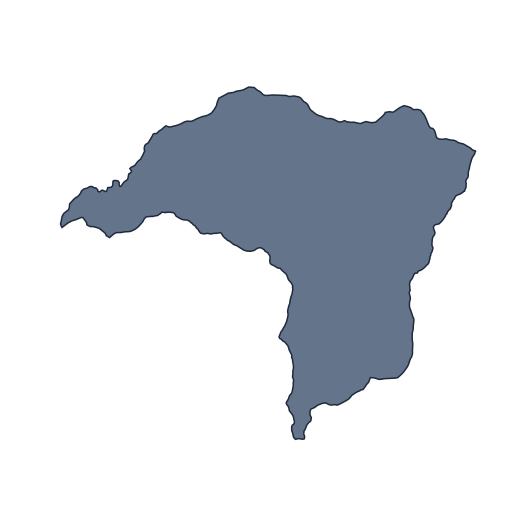 outline of Khaling, Tashigang, Bhutan, rotated 10°
{"feature_id": "84629894B48519884864464", "entity_name": "Khaling", "entity_type": "district", "adm_level": 2, "iso_a3": "BTN", "parent_name": "Bhutan", "parent_adm1": "Tashigang", "projection": "equal_earth", "projection_center": [91.565, 27.177], "detail": "fine", "context": "isolated", "style": "filled", "palette": "slate", "viewbox_px": 512, "rotation_deg": 10, "n_neighbors": 0, "source": "geoboundaries", "source_scale": "gbopen_adm2", "svg_char_len": 6086}
<svg xmlns="http://www.w3.org/2000/svg" viewBox="0 0 512 512"><g transform="rotate(10 256 256)"><path d="M214.2,94.9L207.4,97.4L206.0,98.6L200.5,100.4L192.0,107.1L191.2,111.0L190.9,115.0L189.2,119.5L187.1,123.2L183.4,126.1L179.0,128.0L174.5,130.7L169.3,134.5L164.3,135.3L162.0,136.6L158.6,139.2L155.5,141.0L148.6,144.1L144.5,143.5L140.4,148.5L139.1,149.5L136.7,152.7L134.8,153.0L133.5,153.9L133.1,155.7L130.2,163.3L127.9,165.4L127.3,166.7L127.2,168.6L127.3,170.0L128.1,172.0L126.8,177.1L126.3,178.0L125.8,180.3L123.1,183.5L120.9,187.9L117.3,190.7L116.6,191.9L118.5,193.7L118.7,194.8L117.7,196.3L116.4,197.3L116.4,202.1L115.9,203.3L113.1,206.2L110.8,210.9L109.6,210.9L108.9,209.7L108.4,207.3L107.4,206.2L106.0,205.9L104.1,206.1L102.5,206.6L102.2,207.7L102.7,211.3L101.7,213.4L98.1,214.4L97.8,217.5L96.7,218.7L93.4,217.8L92.5,218.2L90.7,220.2L89.1,219.7L88.6,218.3L86.4,216.7L85.1,217.0L82.3,216.0L80.2,216.5L78.2,218.3L74.7,220.0L72.8,222.3L72.4,224.4L70.9,227.3L69.3,229.2L68.5,229.6L66.4,232.2L63.4,237.0L63.7,240.4L63.4,243.0L62.5,243.8L59.4,247.4L58.2,250.5L58.1,256.6L57.9,258.4L58.8,260.0L60.0,261.6L65.2,256.0L66.8,254.8L68.7,253.3L72.5,251.4L76.2,249.0L77.8,248.2L79.1,248.4L82.2,251.4L83.4,252.7L83.8,254.1L84.3,254.8L87.6,255.8L90.8,255.3L96.5,255.9L98.9,257.1L103.5,259.7L105.1,262.0L108.7,263.3L109.4,262.2L111.6,259.6L112.5,258.6L113.9,257.6L115.1,257.1L119.4,256.2L122.2,255.1L127.6,253.8L129.8,252.5L132.7,250.3L135.0,247.6L136.1,246.0L138.6,241.7L139.4,239.1L140.8,236.7L144.6,235.5L147.7,234.9L150.1,233.8L151.5,233.5L152.7,232.6L154.8,230.5L155.8,229.1L159.0,229.0L162.7,227.9L166.7,227.7L168.1,228.0L170.4,230.6L174.5,232.2L177.2,232.9L179.7,232.9L180.5,232.6L181.5,232.6L184.3,233.1L186.2,234.5L187.4,234.9L188.7,236.0L191.3,237.2L192.5,238.8L194.3,239.8L195.9,241.8L197.4,243.0L198.5,243.3L201.7,243.1L203.7,242.2L205.7,242.1L207.0,242.2L208.2,242.0L211.2,240.8L212.6,240.7L216.6,239.3L217.6,239.4L220.4,242.4L222.7,244.0L224.0,244.6L224.5,245.1L225.5,245.6L227.3,246.0L232.3,248.7L235.1,249.1L242.9,252.3L245.7,252.7L248.7,252.5L250.1,252.2L252.7,251.1L254.2,250.0L255.0,249.0L256.9,247.6L259.0,247.1L259.9,247.1L261.0,247.7L262.9,248.3L263.8,249.5L267.0,250.8L268.6,252.3L269.9,253.9L270.2,256.1L270.3,258.2L271.3,260.9L272.8,261.8L275.4,262.4L279.3,264.0L282.0,264.0L284.6,266.0L288.9,268.6L290.3,270.5L291.1,272.1L292.2,273.8L295.6,276.6L297.5,279.2L297.3,280.3L298.0,282.2L298.1,286.8L297.9,288.4L297.5,290.0L297.3,294.1L297.4,295.0L297.4,297.2L296.9,299.8L296.7,304.2L296.8,305.2L297.7,307.8L297.8,308.7L297.8,311.2L297.5,315.6L296.2,320.6L295.4,322.2L295.1,323.8L294.6,324.8L294.1,325.5L293.6,327.0L293.1,329.8L292.7,331.2L292.9,332.0L293.6,333.0L294.9,333.4L297.5,335.2L299.2,335.6L303.0,338.9L303.8,340.2L304.7,342.2L305.7,343.8L308.7,347.7L308.6,349.5L309.8,351.4L312.2,358.5L312.4,361.2L312.3,362.5L312.3,363.3L312.7,364.8L312.8,367.4L313.1,369.2L313.9,370.1L314.7,372.1L314.7,374.8L315.2,377.0L315.2,383.3L314.9,385.0L313.9,386.4L313.5,387.3L313.2,388.0L312.8,390.9L312.0,393.2L311.4,394.4L311.3,395.8L311.9,396.6L313.6,398.3L314.7,399.8L315.6,402.3L316.0,402.9L317.2,403.9L320.0,406.6L321.1,408.7L322.6,412.6L322.8,413.7L322.4,415.0L321.4,415.9L320.7,417.5L321.3,420.9L321.8,422.4L322.6,423.6L324.5,428.0L326.7,429.7L329.1,428.6L331.6,428.3L333.6,428.4L335.3,427.7L335.3,425.4L333.9,423.0L333.7,420.0L334.5,418.3L335.4,413.6L336.6,411.3L338.6,408.9L338.6,405.6L336.9,403.2L336.1,399.5L336.7,397.2L339.8,395.2L342.7,392.2L346.9,389.6L350.0,388.6L353.9,389.7L356.5,389.7L359.0,388.7L361.8,388.8L365.2,386.5L370.3,382.5L372.6,380.2L374.7,376.3L375.4,375.8L377.0,374.1L380.1,371.6L381.6,370.8L382.8,369.5L384.5,369.0L385.2,367.8L387.3,363.2L388.2,361.8L388.9,360.4L389.7,355.9L392.8,355.6L394.5,355.6L398.0,356.1L399.5,356.0L404.3,354.4L414.2,352.1L416.7,351.2L419.9,347.1L421.5,344.6L424.0,339.5L424.8,337.2L425.3,334.6L425.4,333.5L425.9,330.5L426.7,328.7L427.0,326.1L427.0,324.3L426.6,322.7L425.9,317.0L425.3,313.8L424.8,312.9L424.4,311.4L423.7,307.7L423.3,304.9L423.5,301.0L422.9,296.3L422.9,294.2L422.6,291.5L421.9,289.7L420.8,288.3L418.8,284.4L416.7,280.9L416.1,279.6L415.5,277.1L415.2,274.5L415.5,271.4L415.0,269.6L414.1,267.7L413.5,266.2L413.3,264.8L413.8,262.8L413.0,261.2L412.8,259.3L412.2,258.0L412.1,256.8L412.1,254.4L413.7,251.1L415.1,245.7L417.9,244.7L418.2,243.8L418.2,243.0L418.9,242.3L420.0,241.9L422.0,240.3L424.3,237.7L425.4,235.7L426.5,234.6L427.3,233.0L427.6,229.2L427.8,228.2L427.4,226.8L428.0,225.2L427.7,223.9L428.5,221.5L428.9,218.5L428.7,216.9L427.6,215.2L427.2,214.1L426.7,208.9L426.8,206.9L427.1,205.9L427.7,205.0L428.2,203.3L428.2,201.9L426.0,197.8L425.7,196.8L425.9,195.8L427.1,194.0L430.6,192.6L432.6,190.0L434.6,186.3L435.6,183.8L435.8,182.4L436.8,181.0L436.7,179.7L437.4,178.6L438.0,177.2L439.1,175.9L439.8,172.5L439.3,170.0L439.9,168.7L440.5,166.4L441.4,165.2L441.8,163.2L442.7,161.8L444.8,160.3L445.8,159.9L446.3,159.5L448.7,157.3L449.3,156.3L450.1,156.0L450.2,154.5L450.9,152.2L450.4,147.9L449.6,146.6L449.7,145.4L449.8,144.3L451.0,141.7L451.1,140.0L450.8,138.5L450.5,136.0L451.0,131.9L450.6,130.9L451.0,129.5L450.9,127.8L451.3,126.2L451.4,124.4L451.8,121.8L453.5,117.7L453.7,115.6L454.1,115.0L453.7,114.4L450.8,114.0L448.4,112.4L440.7,109.6L437.6,109.5L435.1,109.1L433.5,108.3L431.0,107.7L426.4,108.0L422.5,107.6L419.8,108.6L416.5,109.0L414.1,108.6L412.7,107.0L410.9,102.9L409.4,100.8L407.9,99.7L405.6,99.6L403.7,97.8L399.4,90.9L397.3,88.0L392.8,83.9L390.0,83.6L385.3,84.5L382.7,83.0L377.8,82.3L375.5,82.3L371.6,85.1L366.6,90.2L365.3,90.7L362.4,90.7L358.3,92.2L358.2,93.3L356.4,96.3L350.6,103.4L347.3,104.5L345.2,104.7L340.9,104.5L337.7,106.3L336.4,107.3L334.0,107.5L329.1,107.2L326.2,107.9L323.9,107.9L321.9,108.1L320.3,107.4L319.5,107.4L316.7,109.3L313.9,109.5L309.1,108.0L306.2,107.6L303.1,108.2L301.0,108.2L296.7,107.1L293.6,106.8L290.6,106.0L284.1,102.5L280.5,97.8L278.6,96.5L276.1,95.6L272.7,92.7L270.6,91.9L265.8,91.8L260.9,93.2L257.8,92.7L245.2,94.4L238.4,96.1L236.7,96.2L234.8,95.8L233.0,94.4L231.3,93.4L228.3,92.4L225.0,90.4L219.5,90.9L214.2,94.9Z" fill="#64748b" stroke="#1e293b" stroke-width="1.5"/></g></svg>